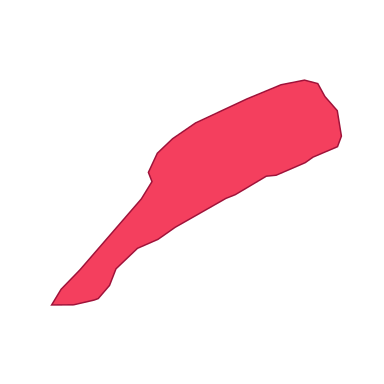 outline of Unanu, Federated States of Micronesia, rotated 261°
{"feature_id": "79324940B35725319521289", "entity_name": "Unanu", "entity_type": "district", "adm_level": 2, "iso_a3": "FSM", "parent_name": "Federated States of Micronesia", "parent_adm1": "", "projection": "mercator", "projection_center": [150.339, 8.753], "detail": "fine", "context": "isolated", "style": "filled", "palette": "rose", "viewbox_px": 384, "rotation_deg": 261, "n_neighbors": 0, "source": "geoboundaries", "source_scale": "gbopen_adm2", "svg_char_len": 546}
<svg xmlns="http://www.w3.org/2000/svg" viewBox="0 0 384 384"><g transform="rotate(261 192 192)"><path d="M102.4,35.7L99.1,57.4L100.6,78.5L101.4,82.7L112.6,95.9L128.0,104.9L144.9,129.3L150.6,151.1L159.8,169.9L180.4,224.5L182.6,234.3L196.0,267.9L195.4,277.7L203.3,308.5L207.5,316.9L214.0,342.8L223.8,348.3L249.6,348.2L265.5,338.2L279.4,333.2L284.9,320.6L284.0,296.7L275.4,261.0L259.7,206.4L247.7,181.2L235.7,163.8L218.2,152.0L208.5,154.1L193.1,140.9L132.6,69.1L116.4,47.5L102.4,35.7Z" fill="#f43f5e" stroke="#9f1239" stroke-width="1.5"/></g></svg>